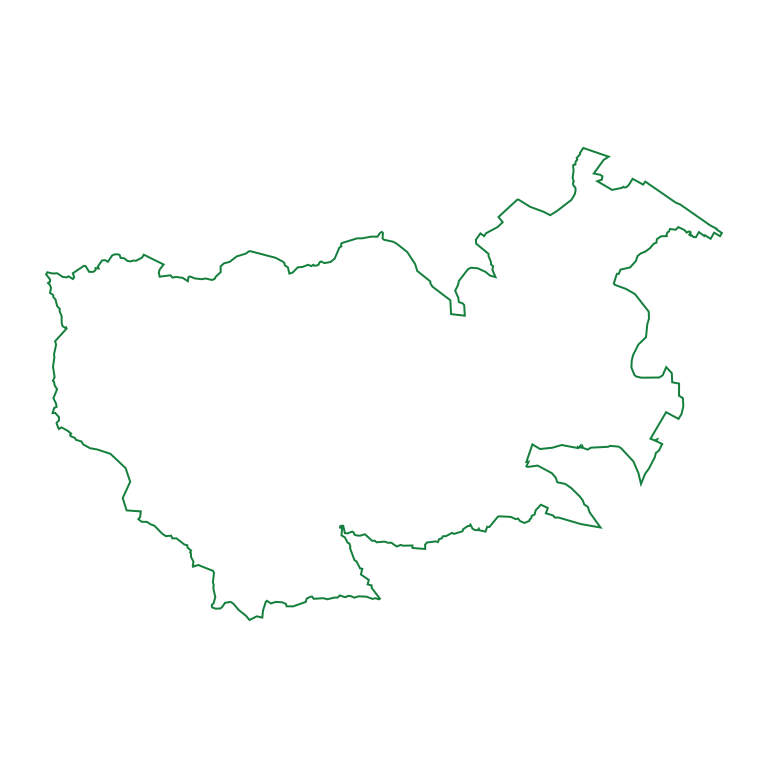 the district of Cuautinchán, Puebla, Mexico
{"feature_id": "50627088B83471115235412", "entity_name": "Cuautinchán", "entity_type": "district", "adm_level": 2, "iso_a3": "MEX", "parent_name": "Mexico", "parent_adm1": "Puebla", "projection": "mercator", "projection_center": [-98.043, 18.963], "detail": "fine", "context": "isolated", "style": "outline", "palette": "green", "viewbox_px": 768, "rotation_deg": 0, "n_neighbors": 0, "source": "geoboundaries", "source_scale": "gbopen_adm2", "svg_char_len": 6059}
<svg xmlns="http://www.w3.org/2000/svg" viewBox="0 0 768 768"><path d="M721.9,233.0L716.5,229.4L716.6,228.7L710.5,225.6L680.4,204.6L675.4,202.4L645.3,181.6L643.1,184.6L632.6,178.8L628.7,185.1L626.6,187.0L624.7,187.5L623.2,186.8L622.1,187.8L612.1,189.9L597.3,181.2L601.8,179.7L602.5,176.3L600.2,174.8L593.8,173.5L603.7,159.8L608.7,156.7L583.3,148.0L580.0,152.9L580.1,154.2L576.7,158.0L577.3,159.7L575.7,161.5L575.3,164.6L573.5,164.8L573.1,165.6L573.6,170.7L572.6,178.0L573.8,181.3L573.0,182.5L573.3,185.3L575.4,187.7L575.6,190.4L574.8,194.1L571.5,199.8L557.0,211.0L550.2,215.2L543.4,211.7L530.3,206.9L518.5,199.6L517.2,199.7L498.5,217.0L502.7,222.2L497.7,227.0L486.1,233.2L484.1,236.1L480.4,233.4L475.9,239.7L476.1,243.6L488.5,253.8L488.6,256.3L491.0,262.0L491.0,264.5L493.1,266.2L492.4,269.8L495.5,277.1L489.8,275.5L485.9,272.1L477.8,268.3L471.0,267.7L467.9,269.3L459.0,280.8L457.9,285.3L455.2,290.7L458.3,297.8L458.9,302.1L462.5,303.3L464.2,305.1L464.8,315.7L451.1,314.1L450.3,300.2L432.5,286.7L430.4,283.4L430.3,281.4L417.2,270.9L415.2,264.2L407.3,252.1L396.6,243.6L393.0,241.7L384.1,239.8L382.6,238.5L382.9,232.9L381.8,231.9L379.9,233.1L377.5,236.7L371.4,236.6L362.3,238.3L357.3,238.3L341.6,243.1L341.0,244.7L341.4,246.3L339.3,247.7L334.7,258.6L330.5,262.0L324.5,263.1L321.0,261.5L319.8,262.1L318.4,264.9L316.8,265.4L314.4,265.8L313.2,264.8L311.4,266.1L308.0,264.8L302.4,267.0L297.8,267.3L292.6,272.6L289.4,273.6L287.9,267.4L284.8,265.3L284.4,263.0L282.9,261.7L275.6,257.8L250.4,251.2L249.0,251.3L245.9,253.6L236.7,256.4L229.6,261.9L224.0,263.3L220.6,266.4L220.7,272.1L215.8,276.7L214.6,278.9L212.0,280.0L205.8,278.5L201.7,279.2L194.7,278.4L190.1,276.5L188.5,277.1L187.8,281.2L182.8,277.9L176.1,276.9L172.5,277.6L170.5,275.3L159.7,276.7L158.8,272.9L159.6,269.7L163.6,264.5L143.8,254.7L142.1,257.6L136.0,260.8L133.1,260.5L130.8,261.5L127.2,260.8L124.5,258.4L120.6,257.9L119.7,255.1L118.5,254.4L114.9,254.3L112.1,255.5L107.9,261.8L105.2,260.2L102.1,260.4L97.8,266.5L98.7,268.5L95.6,268.1L95.4,270.3L93.2,271.9L89.2,271.9L85.6,266.1L83.9,265.8L72.8,273.3L74.2,277.2L72.9,279.0L68.5,276.3L66.7,277.4L62.7,276.9L57.3,273.3L52.7,273.5L47.3,272.3L46.1,274.3L50.0,279.4L50.0,281.7L48.0,283.0L50.0,285.0L51.0,287.9L50.0,292.9L53.1,294.9L53.4,297.3L55.4,299.2L57.2,306.2L59.7,308.9L59.7,311.6L61.6,315.9L61.7,323.1L62.6,326.2L64.9,327.7L66.0,327.3L66.6,328.6L55.1,341.2L56.1,344.7L54.0,354.4L54.4,357.4L53.0,366.6L54.6,377.1L52.9,380.9L54.0,381.8L54.7,385.6L57.1,389.3L53.4,398.2L56.0,403.5L56.6,406.9L54.1,408.0L52.6,413.1L55.2,412.9L59.0,417.2L58.9,420.6L56.7,422.6L56.6,423.6L58.9,429.0L61.5,427.4L67.7,430.8L71.1,433.6L70.1,435.0L70.5,436.0L75.1,438.1L75.9,439.8L81.5,441.5L83.1,444.3L90.0,448.2L97.3,449.5L110.4,453.8L125.6,468.1L130.2,481.8L122.7,498.1L126.6,510.4L140.8,511.4L140.2,516.8L138.4,519.2L141.7,521.8L147.0,521.9L150.5,524.3L154.4,525.7L162.0,533.5L165.7,536.1L171.1,535.7L172.3,538.4L176.4,538.3L184.5,544.6L187.2,545.2L187.6,547.7L191.1,550.5L190.1,552.4L190.9,553.1L191.0,556.9L193.5,561.8L192.8,565.5L193.5,565.7L193.3,566.6L198.2,565.0L213.1,570.9L214.0,572.9L212.9,582.1L213.7,585.3L213.3,588.2L215.3,597.2L213.6,603.1L211.8,605.0L212.1,607.4L215.7,608.7L220.2,608.5L221.9,607.3L225.1,602.8L230.7,601.9L233.6,603.9L238.7,610.0L246.0,615.8L249.5,620.0L256.8,616.3L262.3,617.6L263.0,610.5L265.8,601.8L266.9,600.8L271.0,603.5L275.6,601.9L282.2,602.3L285.9,603.9L286.6,606.3L293.0,606.4L305.8,601.9L306.7,598.6L310.8,596.6L312.2,596.7L313.7,598.8L323.3,598.2L327.5,599.3L334.1,597.6L337.5,597.6L339.9,595.4L344.3,597.0L345.9,597.1L347.8,595.9L350.8,596.1L354.4,597.7L358.6,596.3L366.5,596.7L372.5,598.9L375.4,598.2L378.8,599.3L379.9,598.7L371.7,587.9L371.6,585.4L367.6,584.4L368.8,579.9L360.9,574.5L362.3,568.8L360.1,568.4L356.4,561.3L354.5,560.2L350.0,548.1L350.4,546.9L349.4,543.5L347.7,542.8L344.9,537.4L341.5,535.4L342.1,527.7L340.1,527.7L340.0,526.6L341.2,525.7L343.2,525.8L344.9,533.1L347.3,533.4L352.2,531.6L353.8,532.6L354.4,534.6L356.9,535.5L360.0,535.7L365.0,534.3L372.0,540.7L374.9,540.8L376.6,542.3L384.6,541.6L388.1,542.8L391.3,542.7L396.7,546.5L400.7,544.9L403.1,545.7L412.4,545.5L412.5,548.0L425.2,549.0L425.1,544.7L427.0,542.5L435.8,541.4L437.9,542.1L439.1,539.2L441.7,538.4L442.8,536.3L446.1,536.1L452.0,532.9L454.0,533.9L461.5,531.6L462.6,531.0L463.3,529.1L468.0,526.0L469.2,526.0L470.5,524.6L472.5,528.7L475.1,530.1L477.8,530.1L478.8,528.7L479.5,530.3L485.5,531.6L487.2,526.8L489.4,527.0L497.8,516.8L499.3,516.3L510.9,516.9L515.6,519.1L518.0,518.5L520.0,521.0L524.5,523.0L529.3,520.9L529.6,519.5L531.2,518.3L531.7,515.9L534.5,514.6L535.8,510.1L540.9,504.7L547.8,508.0L545.9,513.3L553.2,515.5L554.6,517.5L558.4,517.5L581.0,524.1L600.5,527.5L589.6,512.3L587.8,506.8L584.2,504.4L582.8,500.5L580.0,496.7L571.4,488.2L565.2,483.9L557.3,482.3L555.9,477.9L551.9,473.2L537.7,465.6L527.8,466.9L526.4,466.3L528.6,461.6L526.4,461.9L532.4,444.4L540.0,449.0L552.5,447.7L561.6,445.0L577.5,448.0L577.8,447.1L578.6,447.9L580.3,445.9L580.2,447.3L581.2,447.7L582.3,446.0L583.1,448.0L587.8,449.6L590.7,447.7L607.9,446.8L610.4,445.9L618.4,446.6L621.1,448.2L633.4,461.4L638.4,473.1L641.0,484.0L645.1,473.8L648.8,468.8L654.9,457.0L655.8,453.1L658.9,450.6L662.2,444.0L656.2,441.1L657.1,439.4L654.6,440.4L650.5,438.7L666.1,412.2L678.5,418.9L681.5,414.1L683.3,406.4L682.9,398.2L679.0,395.7L679.1,383.6L672.2,382.3L671.8,373.2L666.2,367.1L662.7,375.3L659.3,377.5L641.3,377.7L636.2,376.5L634.4,375.0L631.4,367.5L631.7,360.8L633.1,355.0L638.4,344.5L646.0,337.2L647.3,324.2L649.0,318.6L648.7,311.6L634.9,294.0L625.9,288.9L614.8,284.8L613.8,283.6L615.9,276.7L617.0,273.8L618.8,273.8L620.5,269.6L630.1,267.4L635.9,261.0L637.5,256.1L640.6,253.5L645.3,251.6L649.8,248.3L653.8,243.7L656.4,242.7L656.9,239.2L661.0,236.3L666.8,236.1L666.5,234.9L667.5,232.3L668.9,231.5L670.0,229.0L675.7,229.7L678.4,227.1L684.5,230.1L686.7,232.6L688.6,231.5L690.3,231.8L690.7,232.5L689.3,234.7L690.2,235.3L690.3,234.1L693.6,237.1L695.9,237.2L698.9,232.1L704.3,236.0L704.8,235.2L710.6,238.8L714.2,232.7L720.0,236.2L721.9,233.0Z" fill="none" stroke="#15803d" stroke-width="2"/></svg>